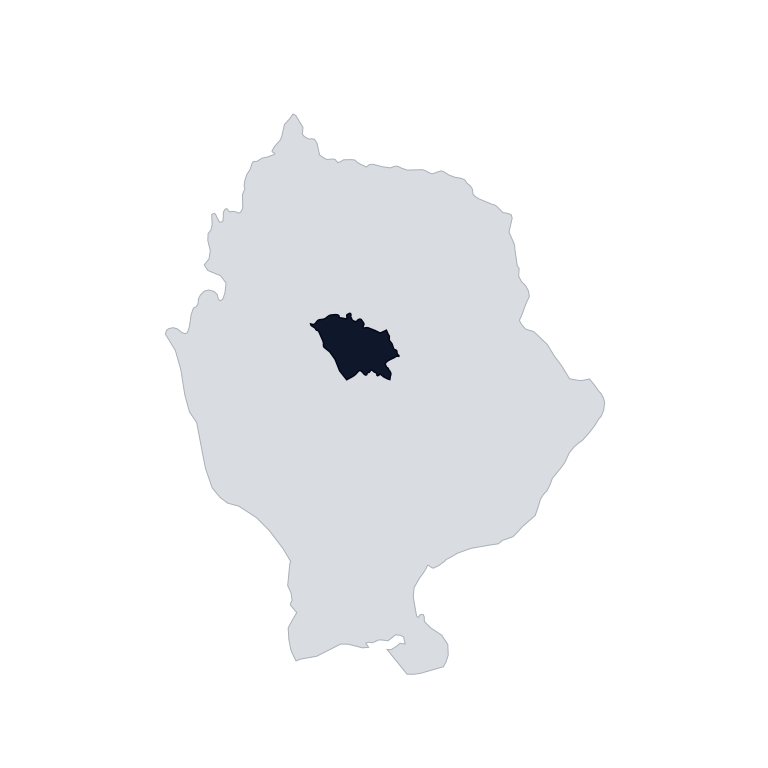 Romania, with Sibiu highlighted, rotated 68°
{"feature_id": "ROU-303", "entity_name": "Sibiu", "entity_type": "County", "adm_level": 1, "iso_a3": "ROU", "parent_name": "Romania", "parent_adm1": "", "projection": "albers", "projection_center": [24.256, 45.858], "detail": "fine", "context": "in_parent", "style": "filled", "palette": "ink", "viewbox_px": 768, "rotation_deg": 68, "n_neighbors": 0, "source": "natural_earth", "source_scale": "10m", "svg_char_len": 5763}
<svg xmlns="http://www.w3.org/2000/svg" viewBox="0 0 768 768"><g transform="rotate(68 384 384)"><path d="M577.4,423.9L584.1,432.4L592.5,436.7L611.4,440.7L613.1,440.0L613.2,439.1L611.8,437.9L611.5,436.2L612.3,434.1L614.9,433.9L619.2,435.5L627.1,432.4L638.5,424.6L649.3,422.4L659.4,426.0L664.8,430.5L668.4,434.9L667.8,440.7L667.4,444.3L665.8,459.3L664.3,464.9L661.8,471.3L631.3,480.6L633.0,476.9L631.9,470.8L630.4,466.2L633.0,461.8L625.9,460.6L623.0,463.1L620.9,467.3L623.6,476.5L620.5,481.9L619.3,484.8L619.6,491.7L617.7,494.7L617.5,498.0L622.4,496.9L620.5,502.9L611.8,514.7L608.9,521.6L611.2,548.4L607.8,564.6L607.8,569.3L597.7,570.0L594.7,569.8L585.1,567.9L574.2,564.2L567.6,556.2L563.3,550.5L554.4,553.5L552.6,552.9L550.1,550.2L543.2,548.5L534.8,548.8L515.6,538.8L513.4,537.0L498.7,539.3L476.8,545.3L460.0,552.4L442.8,564.5L435.9,573.6L427.7,578.5L416.0,582.2L395.0,581.1L373.1,576.8L349.6,572.1L337.0,574.8L319.8,572.8L294.0,566.9L274.8,564.9L255.8,568.0L252.7,565.4L252.0,562.4L252.9,558.2L255.6,554.9L260.2,552.4L262.7,549.8L262.9,547.2L257.9,542.9L247.5,536.9L243.2,533.1L242.2,532.2L242.0,528.9L239.8,526.3L235.8,524.3L232.7,520.9L230.6,515.9L231.2,511.2L234.5,506.9L238.6,505.1L243.5,505.8L245.6,504.6L244.8,501.5L240.1,497.5L231.3,492.6L222.3,495.0L212.9,504.7L206.2,506.1L202.4,499.3L195.3,495.1L185.0,493.6L178.7,490.8L176.5,486.9L172.0,483.7L162.2,480.2L162.2,477.2L163.8,476.6L167.4,476.4L172.1,475.9L172.9,474.2L173.0,472.7L169.4,470.6L165.7,469.1L163.7,467.7L162.5,466.1L162.3,464.5L163.5,463.5L165.0,463.5L166.5,462.6L167.5,459.0L169.6,456.1L171.1,455.1L171.1,452.9L169.7,450.8L167.7,449.0L164.7,447.8L155.4,444.3L150.8,439.8L147.9,439.5L143.4,436.9L138.6,433.0L134.6,427.4L130.1,423.8L129.0,422.3L128.9,421.0L129.8,419.5L129.9,417.9L128.9,412.6L129.9,407.1L130.0,401.9L130.0,399.5L129.2,398.8L128.3,399.5L127.1,400.5L126.0,400.6L122.8,396.6L118.9,388.7L116.1,386.0L110.6,382.2L106.0,379.0L102.9,372.4L99.6,367.2L102.0,365.2L115.7,363.0L121.8,366.1L124.7,365.2L127.6,363.0L129.2,361.2L129.5,359.2L131.0,356.8L135.6,355.9L147.6,357.9L152.6,354.6L154.5,352.8L155.7,348.7L157.1,345.4L161.5,343.8L161.5,340.7L161.0,337.4L163.8,330.1L165.4,327.1L167.9,326.1L170.9,323.9L176.1,319.2L175.1,314.9L176.2,311.8L181.8,304.4L186.0,297.2L186.1,293.5L186.8,290.3L190.4,286.9L194.3,282.5L199.6,268.3L201.4,266.0L204.7,263.3L207.2,260.7L207.7,251.3L210.0,248.7L214.4,245.7L218.8,240.9L222.3,235.3L225.1,232.6L228.6,232.0L232.5,229.8L236.8,229.0L240.9,230.3L243.5,229.7L247.5,227.0L257.8,216.6L259.3,214.5L261.4,213.0L269.6,209.5L271.8,205.9L274.6,202.7L278.2,203.0L290.0,211.2L302.7,210.8L305.0,211.2L305.7,211.3L307.3,212.0L324.1,216.1L326.8,215.7L327.5,215.4L334.3,218.7L340.3,218.3L346.0,215.9L351.9,215.2L357.4,216.5L361.6,221.2L372.4,231.1L375.7,234.7L380.6,234.1L386.1,232.2L391.6,225.5L408.5,217.8L421.4,215.7L434.0,212.4L448.6,210.0L452.7,203.7L454.9,199.4L456.3,191.6L464.1,189.2L471.5,187.4L474.2,186.3L479.6,185.8L483.8,186.4L490.4,190.0L495.2,194.6L497.1,198.4L501.2,203.7L505.6,211.1L510.5,221.0L511.7,226.1L513.7,231.6L517.3,238.1L524.1,245.3L525.1,246.7L528.3,251.8L534.5,263.2L539.4,267.6L543.8,272.5L546.1,277.5L549.3,282.0L556.6,287.8L562.6,293.1L568.0,308.9L571.5,316.1L573.9,321.6L573.4,333.0L575.0,337.8L572.8,346.9L568.9,365.1L568.4,379.4L569.6,387.0L570.0,392.0L571.3,395.1L572.9,401.5L573.3,407.2L571.7,408.9L569.3,410.3L568.4,411.5L570.8,414.0L574.1,418.6L577.4,423.9Z" fill="#d9dde1" stroke="#a8b0b8" stroke-width="1"/><path d="M366.1,417.0L355.1,420.2L342.8,420.1L334.4,422.1L333.6,422.4L327.5,425.8L326.3,425.9L325.4,425.7L323.3,424.7L321.0,424.5L311.0,424.8L310.0,425.1L309.5,425.6L309.0,426.2L308.5,426.6L307.7,426.8L306.7,426.9L305.9,427.2L304.0,428.6L302.8,429.4L302.1,429.7L300.8,429.5L302.5,427.1L302.4,426.3L302.2,425.1L300.7,422.6L300.1,420.7L300.3,419.3L300.8,417.8L301.3,415.3L301.2,413.6L300.8,412.2L300.4,411.0L300.0,408.8L300.2,407.2L301.5,402.9L302.0,402.0L302.3,401.4L302.8,400.8L303.3,400.5L303.7,400.3L304.1,400.3L305.0,400.5L305.6,400.5L306.0,400.2L306.4,399.6L307.2,398.1L309.3,394.9L309.4,394.2L309.0,393.8L308.3,393.4L306.8,393.0L306.2,392.7L305.8,392.1L305.6,389.3L305.9,388.8L306.3,388.6L306.9,388.6L307.5,388.7L308.0,389.0L308.6,389.4L309.1,389.7L309.7,389.8L310.6,389.5L311.0,389.5L311.5,389.6L312.1,389.6L312.8,389.5L313.7,388.9L314.5,388.2L315.4,387.1L315.6,386.1L315.4,385.3L314.9,384.5L314.7,383.6L314.7,382.3L315.1,381.5L315.9,380.9L320.0,380.0L320.7,380.1L321.2,380.3L321.8,380.7L322.8,381.8L323.3,382.2L323.9,382.4L324.3,382.1L324.6,381.6L324.9,380.1L325.3,378.8L325.9,377.7L330.9,372.4L332.3,371.2L333.2,370.2L334.3,369.5L335.0,368.8L335.2,368.1L335.3,367.2L335.0,361.6L339.4,361.5L341.6,361.1L344.8,362.5L345.9,362.6L347.1,362.3L348.1,361.9L350.0,361.5L354.1,361.8L355.3,361.7L356.0,361.4L356.4,360.8L356.9,360.3L357.6,359.8L358.4,359.8L360.0,360.3L361.1,360.4L361.9,360.2L363.1,359.6L363.6,359.6L363.9,359.9L363.7,360.4L363.3,361.0L363.0,361.7L363.0,362.5L363.4,364.8L363.7,369.7L364.0,371.9L364.7,373.9L365.7,375.2L366.5,375.5L367.3,375.5L368.0,375.3L369.4,375.3L369.8,375.1L370.5,374.5L370.9,374.3L372.8,374.2L373.4,374.1L373.9,373.9L374.7,373.7L375.5,373.6L376.9,373.7L377.7,374.1L378.6,374.7L379.2,375.3L382.1,376.9L380.8,378.6L377.3,381.6L374.0,383.4L373.6,383.8L373.5,384.4L373.9,385.5L374.0,386.2L373.8,387.0L373.3,387.3L372.9,387.2L372.4,386.9L371.9,386.8L371.2,387.0L370.2,387.5L369.3,388.5L366.7,389.9L366.3,390.5L366.2,391.1L366.5,391.6L367.3,392.6L367.6,393.3L367.5,394.2L367.5,394.9L367.6,395.5L368.0,395.9L368.4,396.1L368.8,396.4L369.0,397.0L368.7,397.9L367.9,398.5L366.8,399.0L365.7,399.3L363.6,400.2L362.7,400.9L362.4,401.7L362.4,402.6L364.3,406.5L364.7,407.6L365.0,408.6L365.5,411.4L365.7,413.9L365.9,415.2L366.1,417.0Z" fill="#0f172a" stroke="#020617" stroke-width="1.5"/></g></svg>